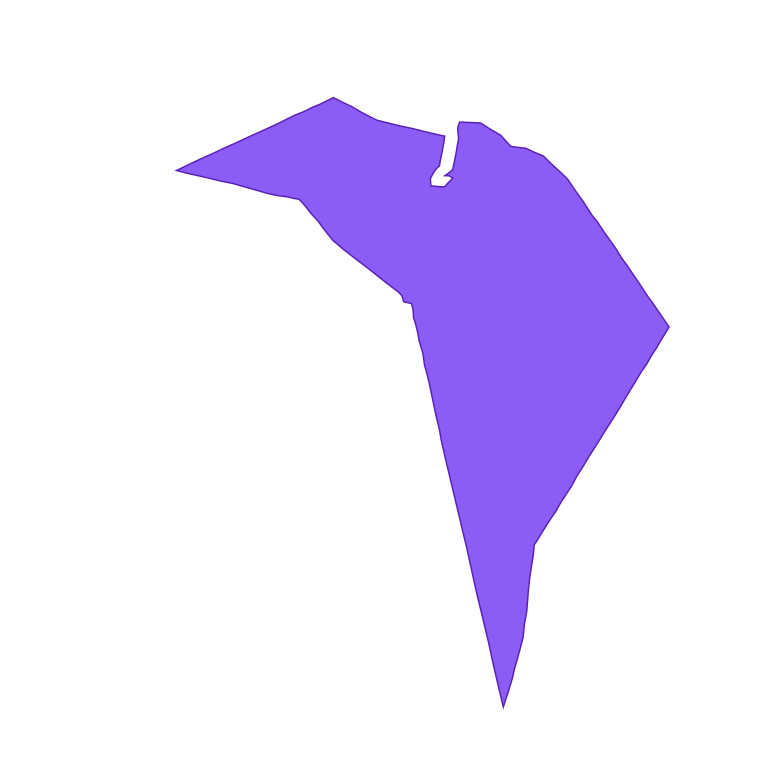 Al-Kaim, Al-Anbar, Iraq, rotated 286°
{"feature_id": "34846034B30812362008382", "entity_name": "Al-Kaim", "entity_type": "district", "adm_level": 2, "iso_a3": "IRQ", "parent_name": "Iraq", "parent_adm1": "Al-Anbar", "projection": "albers", "projection_center": [41.099, 34.433], "detail": "fine", "context": "isolated", "style": "filled", "palette": "violet", "viewbox_px": 768, "rotation_deg": 286, "n_neighbors": 0, "source": "geoboundaries", "source_scale": "gbopen_adm2", "svg_char_len": 2367}
<svg xmlns="http://www.w3.org/2000/svg" viewBox="0 0 768 768"><g transform="rotate(286 384 384)"><path d="M517.4,642.3L518.0,641.5L525.5,632.5L530.7,626.2L535.9,620.0L541.1,613.2L551.9,600.7L558.5,592.6L564.7,585.4L570.5,577.8L578.0,569.6L585.7,560.0L591.5,552.7L599.3,543.7L603.2,537.9L609.0,531.2L614.4,525.1L619.3,518.8L625.1,511.6L631.3,504.3L635.6,496.5L639.7,488.2L643.6,480.7L647.1,474.4L648.3,463.9L649.7,455.4L648.5,448.1L647.4,440.4L651.5,433.6L655.2,427.8L656.6,422.3L658.8,414.0L661.5,405.0L659.8,397.5L658.1,390.7L656.6,384.5L653.3,384.3L650.8,384.3L646.9,385.5L640.3,388.1L634.5,388.6L628.3,389.4L619.3,390.2L609.3,390.9L606.2,389.2L601.1,385.2L602.1,389.5L600.9,393.5L595.7,390.5L590.1,387.8L589.3,384.5L587.4,374.5L594.0,372.0L597.9,372.7L604.3,374.4L608.9,377.2L612.6,376.7L622.5,375.9L631.4,375.1L639.0,374.0L638.4,365.5L637.9,355.3L637.4,340.3L636.5,328.5L636.1,318.2L635.6,304.5L637.2,295.9L639.2,286.2L641.7,276.9L643.5,265.9L645.3,256.3L640.1,250.6L635.3,245.4L630.4,239.1L623.6,231.7L618.8,225.4L613.0,218.9L607.3,212.7L601.7,206.4L595.1,198.7L589.1,191.5L580.9,182.0L573.5,173.5L567.3,166.0L559.3,157.0L550.1,146.0L540.8,135.5L533.2,127.0L532.1,125.7L532.3,136.8L533.4,154.7L534.1,171.3L535.1,183.4L535.1,195.0L535.1,205.0L535.1,212.5L535.1,219.5L535.5,225.8L535.8,229.9L537.2,238.7L537.6,247.0L538.2,251.5L533.5,259.0L527.7,266.9L522.2,276.1L518.1,281.1L513.0,288.1L509.6,293.1L508.2,294.8L502.1,308.1L496.6,321.8L491.5,335.1L486.0,348.4L481.5,359.2L476.4,372.5L473.6,377.1L470.9,378.8L468.8,380.0L468.5,381.7L468.8,385.4L468.8,388.3L464.0,391.2L456.1,394.1L449.6,398.3L443.1,402.0L435.5,405.7L424.5,412.8L413.2,417.8L407.4,421.5L396.4,427.7L369.9,441.7L355.1,450.0L345.8,454.5L331.6,462.3L289.2,486.2L251.6,507.4L249.8,508.4L210.4,529.7L187.5,542.7L164.3,555.8L144.5,566.4L124.0,577.8L106.5,587.7L109.0,587.8L123.7,588.3L136.7,588.5L146.5,587.9L156.1,588.0L168.6,587.8L178.3,587.6L192.5,585.1L205.2,583.8L220.8,580.6L230.5,578.7L238.0,577.5L250.2,575.9L251.1,575.8L261.0,574.6L270.7,572.7L276.0,574.4L284.8,576.8L298.9,580.9L309.1,584.3L319.1,586.7L328.8,589.7L337.9,592.5L348.7,594.8L359.0,597.9L371.7,601.3L385.0,605.3L399.7,609.4L414.1,613.8L427.4,617.5L442.9,621.5L455.1,624.9L467.3,628.2L476.2,631.2L484.8,633.2L493.4,635.9L503.9,638.6L515.9,641.9L516.5,642.1L517.4,642.3Z" fill="#8b5cf6" stroke="#5b21b6" stroke-width="1.5"/></g></svg>